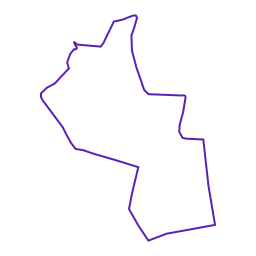 Gala'a Al Nahal, Gedarif, Sudan
{"feature_id": "16777658B80324044236150", "entity_name": "Gala'a Al Nahal", "entity_type": "district", "adm_level": 2, "iso_a3": "SDN", "parent_name": "Sudan", "parent_adm1": "Gedarif", "projection": "robinson", "projection_center": [35.033, 13.356], "detail": "fine", "context": "isolated", "style": "outline", "palette": "violet", "viewbox_px": 256, "rotation_deg": 0, "n_neighbors": 0, "source": "geoboundaries", "source_scale": "gbopen_adm2", "svg_char_len": 884}
<svg xmlns="http://www.w3.org/2000/svg" viewBox="0 0 256 256"><path d="M113.8,21.6L103.4,43.1L100.7,46.6L77.2,44.6L73.7,41.6L75.9,46.3L76.6,47.2L76.9,48.0L76.1,49.2L75.0,49.4L74.1,49.1L70.2,54.0L67.2,62.2L68.4,67.0L68.9,68.4L63.9,73.7L60.4,77.4L55.1,83.2L54.1,83.9L46.9,87.7L41.0,93.4L41.0,97.1L42.8,100.5L62.7,127.2L66.1,134.0L71.0,142.9L75.5,148.9L83.2,150.2L87.6,151.7L94.4,154.0L114.5,159.8L138.3,167.2L136.9,173.0L132.0,193.6L129.0,209.0L138.6,226.0L148.4,240.6L166.5,233.7L215.0,224.9L215.0,224.7L208.5,186.0L203.3,139.5L186.6,138.7L182.6,137.9L179.2,131.7L179.7,124.7L183.2,111.9L185.5,97.7L185.5,96.7L185.1,95.8L183.6,95.3L182.1,95.5L148.5,94.2L144.2,90.0L139.4,76.0L138.7,74.0L136.2,66.8L132.0,50.8L131.4,35.9L134.4,26.9L137.0,17.9L136.1,15.7L134.6,15.4L133.0,15.6L127.6,17.6L123.4,19.4L120.3,20.2L115.5,21.2L113.8,21.6Z" fill="none" stroke="#5b21b6" stroke-width="2"/></svg>